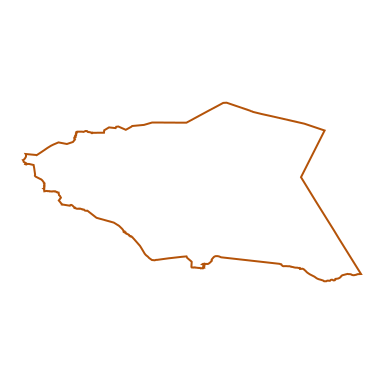 Røros nor, Sør-Trøndelag, Norway
{"feature_id": "86288312B67430343511851", "entity_name": "Røros nor", "entity_type": "district", "adm_level": 2, "iso_a3": "NOR", "parent_name": "Norway", "parent_adm1": "Sør-Trøndelag", "projection": "equal_earth", "projection_center": [11.42, 62.57], "detail": "fine", "context": "isolated", "style": "outline", "palette": "amber", "viewbox_px": 384, "rotation_deg": 0, "n_neighbors": 0, "source": "geoboundaries", "source_scale": "gbopen_adm2", "svg_char_len": 5446}
<svg xmlns="http://www.w3.org/2000/svg" viewBox="0 0 384 384"><path d="M226.6,102.7L223.2,102.9L218.6,105.4L209.9,110.0L186.4,122.7L152.2,122.5L144.0,124.9L132.2,126.0L131.4,126.7L125.8,129.8L118.3,126.5L116.2,126.8L115.6,128.1L109.0,127.4L104.2,130.3L104.0,132.7L93.2,132.8L92.8,132.7L92.8,132.9L92.5,133.1L91.8,133.2L91.3,132.9L90.8,132.4L90.1,132.3L89.9,132.2L89.5,132.2L89.0,132.1L88.9,132.0L88.4,132.1L87.7,131.9L87.3,131.5L87.3,131.4L87.1,131.3L87.0,131.1L86.4,131.0L85.9,131.1L85.5,131.0L83.5,131.9L82.2,131.7L77.1,131.7L76.6,131.9L76.7,132.1L76.6,132.4L76.7,132.5L76.1,132.9L76.2,133.1L76.5,133.2L76.5,133.4L75.9,133.8L75.9,134.0L76.2,134.6L76.1,135.1L75.9,135.2L76.0,135.6L75.7,135.8L75.2,135.8L75.2,136.1L74.9,136.4L75.0,136.6L75.3,136.9L75.5,136.9L75.6,137.1L75.4,137.4L75.4,137.5L75.2,137.7L74.9,137.8L74.3,137.9L74.3,138.9L74.9,139.6L72.9,142.0L66.9,144.0L58.5,142.4L53.3,144.6L50.9,145.8L47.5,147.9L41.5,152.0L36.6,155.2L36.2,155.0L25.6,154.0L26.0,154.7L26.0,155.6L26.0,156.2L25.8,157.0L25.2,158.0L24.5,159.0L23.3,160.0L23.0,160.1L23.3,160.5L23.7,161.9L26.1,163.2L26.1,163.5L25.7,163.5L25.2,163.9L25.1,164.1L26.2,164.5L27.0,164.1L27.2,163.9L28.2,164.0L28.8,163.9L33.6,165.0L34.2,168.2L35.1,174.6L34.9,175.3L34.9,175.8L35.6,176.6L39.9,178.8L41.2,179.4L42.3,180.4L44.4,183.2L44.3,183.3L44.5,183.4L44.5,183.6L44.4,183.6L44.4,183.8L44.5,183.9L44.5,184.0L44.5,184.3L44.4,184.4L44.3,184.6L44.2,184.7L44.2,184.8L44.1,185.1L44.4,185.3L44.5,185.6L44.3,185.8L44.2,186.0L44.3,186.3L44.2,186.5L44.4,186.6L44.5,186.8L44.4,187.0L44.5,187.0L44.3,187.1L44.2,187.4L44.3,187.8L44.2,187.9L44.1,188.1L44.3,188.2L44.3,188.3L44.2,188.5L44.0,189.0L43.9,189.0L44.1,189.2L44.0,189.3L44.3,191.3L46.8,190.9L47.3,191.0L47.8,191.2L48.2,191.2L48.5,191.1L49.6,191.2L49.7,191.4L50.7,191.4L51.7,191.5L51.9,191.4L52.4,191.5L52.8,191.3L53.2,191.4L53.6,191.3L54.0,191.2L54.7,191.5L55.0,191.3L55.4,191.3L56.2,191.8L56.4,192.1L56.6,192.1L57.0,192.0L57.3,192.2L57.3,192.4L57.6,192.6L58.6,192.6L59.0,195.1L60.0,196.0L60.9,197.7L58.8,200.5L60.5,202.5L60.8,203.0L61.7,203.8L61.7,204.5L62.6,204.7L63.7,204.7L64.2,204.8L69.8,205.7L69.9,205.4L70.1,205.2L71.0,204.9L71.6,205.0L72.5,205.6L74.1,207.2L74.8,207.5L74.6,208.0L74.9,208.1L75.5,208.3L76.2,208.4L76.7,208.7L77.3,208.8L78.2,208.6L78.8,208.8L79.2,208.6L79.6,208.6L79.7,208.8L79.9,208.8L80.5,208.7L81.3,209.0L82.2,209.2L82.3,209.4L82.6,209.4L82.7,209.5L83.3,209.5L83.8,209.5L84.1,209.8L84.2,210.0L84.9,210.5L85.0,210.6L86.5,210.8L87.4,210.7L96.5,217.8L113.8,222.6L119.1,225.9L121.8,228.5L122.7,229.5L123.3,230.4L123.6,231.7L124.5,231.4L124.7,231.5L124.6,232.1L124.9,232.1L125.3,232.5L125.5,232.5L125.5,232.8L125.7,233.0L125.9,233.1L125.8,233.3L126.5,233.5L126.6,233.8L127.2,234.0L127.5,234.1L128.1,234.3L128.3,234.5L128.5,234.8L128.8,234.9L129.0,234.9L129.1,235.1L129.1,235.4L129.4,235.8L130.7,236.0L130.8,236.1L130.7,236.1L131.1,236.3L130.9,236.6L131.8,236.9L132.5,237.3L132.6,237.6L133.7,238.7L140.0,245.9L141.5,248.3L144.7,253.7L146.0,255.2L147.9,256.7L149.1,258.0L151.9,260.0L154.7,260.3L156.0,259.9L156.9,259.9L169.4,258.2L169.7,258.2L181.9,256.8L186.5,256.4L187.2,257.9L191.3,261.4L191.7,261.9L191.4,266.8L191.6,267.3L191.9,267.5L192.4,267.5L193.3,267.4L193.6,267.6L194.1,267.6L194.9,267.3L195.4,267.6L196.0,267.7L196.7,267.7L198.0,267.9L198.5,267.9L198.9,268.0L200.0,267.9L200.2,268.1L200.8,268.4L202.0,268.1L202.6,268.0L202.9,268.1L202.9,268.3L203.1,268.3L203.2,268.2L202.9,268.1L203.6,267.9L203.2,267.6L203.2,267.4L203.2,267.1L203.2,266.9L203.4,266.9L204.2,266.9L204.2,266.6L203.9,266.5L203.9,266.2L204.1,266.2L204.3,266.0L204.1,265.8L204.3,265.7L204.2,265.5L203.9,265.4L204.1,265.1L203.9,264.9L203.9,264.7L203.3,264.6L202.8,264.3L202.6,264.4L202.3,264.3L202.9,263.9L204.0,263.8L204.5,263.6L204.8,263.7L205.7,264.1L205.9,264.0L206.3,263.9L207.5,264.0L208.1,263.9L208.3,263.7L209.2,263.3L209.5,262.9L210.0,262.6L211.1,261.5L211.8,260.8L211.8,260.1L211.6,259.9L211.8,259.4L212.7,258.3L213.4,257.5L214.1,256.8L214.7,256.5L215.4,256.2L216.2,256.1L217.5,256.1L219.3,256.5L220.6,257.1L221.1,257.3L279.3,263.8L279.9,263.9L280.3,264.2L281.0,264.2L281.2,264.3L281.2,264.5L281.3,264.7L282.1,265.4L282.5,265.9L283.4,266.2L286.0,266.1L288.4,266.3L289.1,266.2L290.0,266.3L290.4,266.6L290.9,266.7L291.4,266.7L291.7,266.9L292.8,267.0L293.7,267.3L295.2,267.6L296.2,267.7L297.3,267.7L299.1,268.1L299.8,267.9L300.1,268.1L300.3,268.4L299.9,268.7L300.0,269.0L301.2,268.9L302.2,268.7L302.8,268.8L303.9,269.4L304.1,269.5L304.5,270.0L304.8,270.2L304.9,270.3L306.2,271.5L306.4,271.8L307.3,272.6L308.0,273.1L309.8,274.3L314.5,276.7L315.3,277.3L316.7,278.3L317.7,278.8L318.7,279.2L320.2,279.6L320.6,279.7L322.7,280.4L323.5,280.7L323.8,281.1L324.0,281.2L324.6,281.3L326.5,281.2L327.1,280.7L328.1,280.6L329.0,280.8L329.9,280.8L330.1,280.7L330.3,280.3L330.7,280.0L331.1,279.8L332.0,279.7L332.7,279.9L333.4,280.4L334.7,280.3L335.0,280.0L335.3,279.7L335.2,279.2L335.4,278.9L337.1,278.7L338.2,278.5L339.5,277.9L340.3,277.3L340.7,276.9L340.7,276.7L340.9,276.4L341.5,276.0L342.2,275.3L346.8,274.1L347.3,274.0L347.6,273.9L348.4,274.1L349.9,274.1L351.4,274.5L351.9,274.9L352.7,275.1L353.4,275.2L354.0,275.2L356.4,274.7L357.1,274.4L357.3,274.2L361.0,274.0L338.8,238.4L333.9,230.3L326.7,218.8L315.9,201.5L301.0,177.2L324.6,130.5L304.4,123.7L270.2,115.9L262.0,114.1L253.0,111.9L252.6,111.7L252.3,111.5L251.9,111.4L251.3,111.2L251.1,111.2L250.7,111.0L250.6,110.9L250.8,110.9L250.7,110.9L226.6,102.7Z" fill="none" stroke="#b45309" stroke-width="2"/></svg>